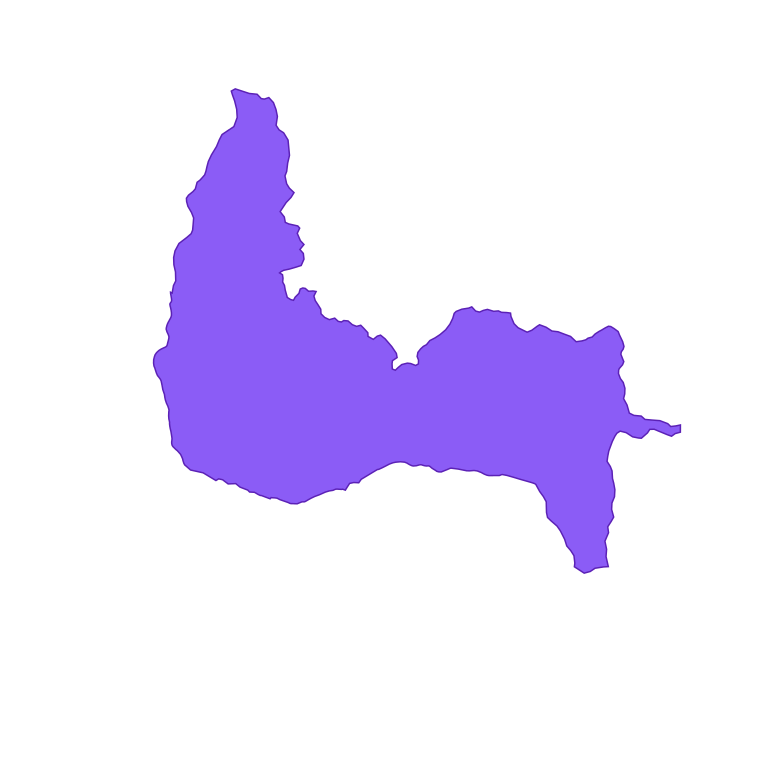 the district of Laukkaing, Shan, Myanmar, rotated 303°
{"feature_id": "60261553B25476839208576", "entity_name": "Laukkaing", "entity_type": "district", "adm_level": 2, "iso_a3": "MMR", "parent_name": "Myanmar", "parent_adm1": "Shan", "projection": "robinson", "projection_center": [98.649, 23.808], "detail": "fine", "context": "isolated", "style": "filled", "palette": "violet", "viewbox_px": 768, "rotation_deg": 303, "n_neighbors": 0, "source": "geoboundaries", "source_scale": "gbopen_adm2", "svg_char_len": 5856}
<svg xmlns="http://www.w3.org/2000/svg" viewBox="0 0 768 768"><g transform="rotate(303 384 384)"><path d="M340.1,477.7L341.4,479.9L346.5,483.5L349.2,485.3L349.7,485.8L350.0,486.2L353.1,492.6L354.4,495.9L356.3,500.7L357.8,503.1L360.5,506.6L361.9,509.6L362.5,512.7L362.7,513.3L363.0,517.1L363.6,520.1L364.4,522.0L367.2,526.2L369.3,529.4L370.0,530.5L370.6,531.0L371.7,531.7L372.5,532.5L373.6,535.2L374.3,536.9L376.3,543.4L378.4,550.6L380.8,558.4L381.7,561.4L382.2,563.3L382.5,564.7L382.5,566.0L378.6,573.2L376.4,579.0L373.6,584.2L368.9,587.4L364.7,590.3L361.1,593.9L360.2,598.7L359.1,606.5L356.9,611.9L352.2,620.0L347.7,625.5L346.0,631.3L343.5,636.8L337.7,641.6L334.4,643.2L334.4,650.3L334.4,654.9L339.1,659.1L344.4,661.3L350.2,667.8L353.0,671.6L360.2,664.2L366.6,660.7L372.5,654.9L381.6,653.3L386.1,649.4L392.5,649.4L397.5,649.1L402.8,643.2L408.3,640.0L415.0,638.7L421.1,635.2L425.9,630.7L429.2,627.1L435.3,622.6L438.1,618.7L440.6,613.2L445.3,611.0L450.3,609.0L454.7,608.0L460.1,606.8L465.9,606.1L469.5,606.1L473.1,607.7L475.1,613.6L475.1,621.3L477.3,626.8L478.7,629.4L486.5,631.6L490.7,631.6L493.2,635.2L494.0,639.7L495.1,645.5L495.7,648.8L496.8,653.6L501.0,655.2L505.0,658.8L511.1,654.9L507.8,651.6L504.5,647.6L505.3,643.6L503.5,635.3L499.4,627.8L496.4,622.1L497.2,617.2L493.8,610.7L493.2,605.6L498.8,599.2L502.2,592.9L506.8,591.3L511.6,588.4L515.6,583.8L517.3,579.3L520.4,575.0L523.5,573.2L525.1,572.9L530.1,573.6L533.4,572.9L534.9,570.7L538.0,566.4L540.3,565.5L543.5,565.6L546.2,564.8L549.5,561.1L553.3,554.9L555.5,551.8L555.8,546.7L555.7,542.9L554.7,540.8L551.6,539.0L547.5,537.0L545.4,535.8L540.9,533.8L536.8,533.0L533.5,530.1L531.0,529.2L527.9,526.5L524.1,522.1L525.5,514.6L523.9,507.6L522.6,501.5L519.9,496.0L519.9,489.0L518.4,482.2L515.8,481.0L509.6,478.7L505.4,475.8L504.2,465.8L505.4,460.2L509.8,453.7L512.4,451.5L510.8,448.1L508.1,443.5L507.6,440.1L504.7,436.4L502.9,430.1L499.8,427.2L496.3,424.9L495.1,421.1L496.5,415.6L493.8,413.7L489.1,408.5L484.2,405.0L481.5,404.4L476.5,405.9L470.1,406.7L463.0,406.2L456.0,404.1L450.5,401.7L445.4,398.8L440.1,398.2L437.0,396.5L433.4,395.6L429.0,395.2L425.1,396.8L422.9,399.9L419.6,401.9L416.8,400.5L415.7,395.2L414.2,392.2L410.0,388.3L405.6,386.9L401.7,386.0L401.1,382.8L405.4,379.7L408.2,378.4L413.3,380.6L416.4,377.7L419.6,370.2L422.5,360.3L423.1,354.5L420.5,352.3L415.6,350.7L415.2,344.7L418.2,342.5L419.8,336.3L420.6,332.5L417.4,329.6L416.5,325.1L417.3,319.5L415.3,315.7L412.8,314.5L411.6,311.5L412.4,306.8L408.2,303.1L407.5,298.0L408.6,292.9L412.3,290.2L414.5,285.5L416.5,280.9L419.6,277.3L423.0,276.9L424.6,276.7L423.4,273.9L420.7,270.2L421.3,265.9L420.3,263.6L418.0,262.0L413.7,263.3L408.4,262.2L404.9,262.5L404.0,259.8L403.9,255.7L404.5,255.1L407.4,251.8L409.0,250.0L412.5,246.8L414.3,243.5L417.7,241.7L420.4,239.3L420.3,235.9L422.1,236.5L424.7,237.9L428.9,242.1L434.0,246.5L438.3,250.0L445.1,248.9L449.6,245.2L451.0,240.2L457.4,240.9L458.7,235.8L463.1,229.2L468.8,228.4L469.6,225.6L466.4,217.0L465.8,213.2L469.8,209.4L472.0,203.0L482.9,203.1L489.8,204.4L495.5,204.3L496.7,198.0L498.9,193.3L504.6,187.6L509.3,186.6L516.8,182.9L524.3,180.2L536.3,170.7L539.8,163.5L540.0,162.9L540.0,157.6L542.2,152.6L550.3,148.9L555.4,143.9L559.8,138.0L561.5,131.4L557.8,128.5L556.5,125.6L557.9,119.8L554.3,112.8L550.5,98.5L546.5,96.4L543.9,99.5L540.1,104.5L534.2,110.8L527.6,115.7L522.5,116.9L518.1,117.9L512.1,115.3L505.0,112.3L499.0,112.9L492.0,114.2L482.2,114.5L474.9,115.5L469.7,117.2L465.4,118.8L461.7,119.7L458.1,119.2L454.6,118.6L451.4,117.4L448.3,118.4L444.9,119.5L441.4,119.0L435.9,117.2L432.2,117.1L429.5,119.1L426.2,122.8L423.0,129.1L419.6,133.9L415.2,136.3L408.8,139.7L405.0,140.4L399.2,138.7L390.2,135.5L385.7,135.9L381.9,136.2L375.5,138.7L369.5,142.9L364.4,148.1L357.0,153.2L351.9,153.8L344.9,156.8L344.7,155.0L343.7,155.7L341.6,157.7L339.5,159.6L338.2,160.5L337.0,160.8L335.3,160.7L334.4,160.9L333.0,162.1L332.0,163.2L329.8,165.4L327.9,167.0L325.9,168.3L324.6,168.8L322.9,169.1L320.9,169.2L320.4,169.3L318.4,169.4L316.3,169.7L314.7,170.1L312.4,170.9L311.3,171.5L309.6,173.5L307.9,176.2L306.7,177.7L305.5,178.5L302.8,179.5L300.6,180.2L298.7,180.9L297.5,181.1L296.1,180.7L294.1,179.4L291.8,178.0L289.9,177.1L288.6,176.7L286.5,176.2L283.9,176.1L281.8,176.6L278.9,177.6L277.3,178.6L276.1,179.3L273.8,181.3L272.5,183.2L271.3,184.6L269.2,187.2L267.7,189.5L267.2,191.1L266.3,193.6L265.3,195.3L262.0,198.6L260.4,200.1L258.8,201.6L255.7,205.5L253.3,207.6L251.4,209.5L250.8,210.3L249.5,211.9L247.7,214.8L245.9,217.0L244.9,218.0L243.4,218.7L240.2,220.6L239.5,221.1L237.4,222.7L235.9,224.3L235.6,224.5L235.4,224.8L233.7,225.9L232.0,227.3L230.2,229.0L228.1,231.2L226.0,233.1L224.0,234.9L222.7,236.0L221.0,236.9L219.7,237.5L218.3,238.5L217.2,239.7L216.5,241.2L216.5,241.4L215.7,245.1L215.5,247.0L214.2,251.7L213.1,253.5L211.6,255.8L210.3,257.1L209.4,258.2L208.5,259.3L207.6,260.9L207.4,262.5L206.5,268.6L211.0,280.7L211.5,295.6L214.4,297.0L214.7,297.8L215.8,300.8L215.3,307.7L219.7,313.9L219.1,319.4L220.8,327.5L220.2,330.1L222.6,334.3L222.7,335.7L222.8,338.4L222.9,339.2L223.1,340.8L223.4,341.4L223.7,342.0L225.7,351.0L227.2,351.2L227.2,351.3L227.5,351.8L229.0,354.4L230.0,356.5L230.3,359.6L232.4,368.2L232.7,370.4L233.4,371.8L233.6,372.0L236.2,376.4L240.4,379.3L242.0,381.6L243.2,382.3L245.6,383.5L248.6,385.1L252.2,387.3L252.4,387.5L256.0,390.2L261.1,393.5L261.4,393.7L264.5,396.3L267.0,399.1L267.9,399.7L269.3,400.6L270.2,401.7L271.3,403.7L272.5,405.8L273.3,406.7L273.9,409.4L277.8,409.3L281.9,409.3L284.9,412.3L287.4,416.6L291.7,416.8L308.6,425.0L309.6,426.1L312.6,428.0L315.5,429.7L319.0,431.7L319.6,432.0L322.8,434.4L324.8,436.4L327.7,440.1L329.7,443.9L330.2,446.4L330.2,447.9L330.3,449.4L330.6,451.6L331.1,453.1L333.1,455.7L335.3,457.6L336.5,459.0L337.4,462.2L338.3,464.2L339.6,465.9L339.9,467.2L339.5,470.2L339.6,474.4L339.5,475.8L340.1,477.7Z" fill="#8b5cf6" stroke="#5b21b6" stroke-width="1.5"/></g></svg>